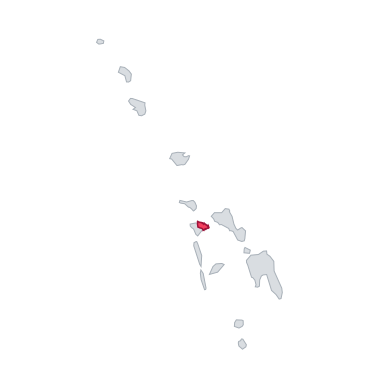 West Ambrym, Malampa, Vanuatu shown in context, rotated 174°
{"feature_id": "77236927B87876939805141", "entity_name": "West Ambrym", "entity_type": "district", "adm_level": 2, "iso_a3": "VUT", "parent_name": "Vanuatu", "parent_adm1": "Malampa", "projection": "albers", "projection_center": [167.993, -16.285], "detail": "fine", "context": "in_parent", "style": "filled", "palette": "rose", "viewbox_px": 384, "rotation_deg": 174, "n_neighbors": 0, "source": "geoboundaries", "source_scale": "gbopen_adm2", "svg_char_len": 4133}
<svg xmlns="http://www.w3.org/2000/svg" viewBox="0 0 384 384"><g transform="rotate(174 192 192)"><path d="M123.2,85.8L126.4,102.1L129.9,102.1L131.8,101.2L133.9,97.4L134.8,91.3L136.6,90.5L139.0,91.1L138.0,93.0L138.7,97.8L140.5,100.5L141.7,101.0L144.2,113.5L145.1,116.2L145.0,118.3L140.0,123.0L132.5,122.9L127.2,125.7L124.0,125.6L124.0,122.4L121.2,119.9L117.9,114.5L118.6,104.8L112.8,87.0L112.7,82.6L114.6,76.7L116.5,76.4L119.2,81.3L123.2,85.8ZM155.2,148.4L157.4,149.5L158.6,149.5L159.3,151.9L166.2,156.6L168.0,156.5L169.6,159.1L172.5,160.5L173.3,163.1L175.4,165.8L171.8,169.1L164.7,168.3L160.7,172.0L157.1,171.1L156.4,169.1L156.9,168.5L154.7,163.5L153.7,155.8L152.2,151.3L150.6,149.4L147.3,151.1L146.0,151.4L142.8,147.7L144.3,140.2L145.1,138.0L147.7,137.6L151.6,139.5L155.2,148.4ZM245.6,289.1L243.4,291.5L241.6,291.2L229.4,285.6L229.9,283.4L229.4,277.5L230.8,274.4L234.2,273.1L236.8,273.8L238.3,278.5L242.0,280.4L239.4,281.9L243.8,285.5L245.6,289.1ZM204.2,219.9L208.8,226.9L210.7,227.5L207.8,232.5L202.0,233.0L195.0,231.6L197.6,229.9L196.2,228.0L194.1,227.6L191.7,228.5L190.6,228.2L192.1,224.9L196.0,220.4L197.2,220.0L198.2,219.9L199.2,220.3L204.2,219.9ZM197.2,160.3L191.8,160.8L184.2,159.2L181.1,157.1L179.8,154.9L182.4,153.3L186.2,152.6L190.9,147.7L192.6,149.5L194.3,155.1L196.2,156.7L197.3,158.4L197.2,160.3ZM252.7,318.8L250.2,324.1L246.0,322.9L242.0,319.0L240.0,315.6L241.4,309.1L243.5,308.0L245.6,308.3L246.6,314.7L252.7,318.8ZM193.3,142.2L192.5,142.2L191.7,139.9L189.0,127.8L190.8,117.0L191.9,119.3L195.9,138.3L195.3,141.4L193.3,142.2ZM204.3,182.1L205.7,182.9L204.9,184.9L198.4,182.6L193.2,183.5L191.7,183.4L190.2,181.5L189.0,177.7L189.6,175.1L191.8,173.3L192.6,173.0L194.2,175.2L195.7,176.8L197.2,177.4L200.5,181.1L204.3,182.1ZM178.9,115.7L175.7,118.0L169.8,117.8L167.6,116.5L174.9,109.6L183.3,108.2L178.9,115.7ZM163.2,57.7L161.3,60.2L155.8,59.4L154.6,58.7L154.9,54.6L156.2,53.1L159.5,51.8L163.9,53.9L163.2,57.7ZM158.6,40.2L157.9,40.7L156.8,40.3L153.9,34.4L154.6,32.4L158.2,30.4L161.4,33.8L161.7,35.6L161.7,37.2L161.2,38.5L159.1,39.1L158.6,40.2ZM192.2,110.4L191.3,113.5L189.4,109.9L188.1,95.0L188.6,93.6L189.7,93.5L192.1,103.9L192.2,110.4ZM271.3,350.8L269.7,353.6L267.2,353.5L263.9,351.5L264.6,349.1L268.2,348.8L269.3,348.9L271.3,350.8ZM146.0,130.0L145.1,131.3L140.1,128.1L141.2,125.0L146.7,126.1L146.0,130.0Z" fill="#d9dde1" stroke="#a8b0b8" stroke-width="1"/><path d="M184.9,153.2L184.8,153.3L184.7,153.2L184.7,153.3L184.5,153.2L184.5,153.3L184.4,153.3L184.2,153.2L184.2,153.3L183.9,153.3L183.7,153.3L183.4,153.4L183.3,153.5L183.3,153.4L183.2,153.4L182.9,153.4L182.7,153.4L182.4,153.4L182.4,153.5L182.2,153.5L182.1,153.8L181.9,153.9L181.9,154.0L181.7,154.0L181.4,154.1L181.2,154.1L180.9,154.2L180.7,154.2L180.6,154.3L180.4,154.3L180.2,154.4L180.0,154.2L179.9,154.2L179.7,154.2L179.5,154.3L179.3,154.4L179.1,154.5L178.9,154.8L179.0,154.9L179.0,155.0L179.0,155.3L179.0,155.5L179.1,155.8L179.3,155.8L179.4,156.0L179.4,156.3L179.3,156.5L179.3,156.8L179.5,156.8L179.8,156.9L179.8,157.0L179.9,156.9L179.9,157.0L180.0,157.0L180.0,156.9L180.0,157.0L180.3,157.2L180.5,157.1L180.8,157.1L181.0,157.3L181.0,157.5L181.2,157.8L181.3,157.8L181.3,158.0L181.5,158.2L181.6,158.3L181.8,158.3L182.0,158.4L182.1,158.5L182.3,158.6L182.3,158.8L182.4,159.0L182.5,159.0L182.8,159.1L183.0,159.2L183.3,159.2L183.3,159.3L183.4,159.2L183.4,159.3L183.5,159.4L183.6,159.5L183.7,159.8L183.9,159.7L184.0,159.5L184.0,159.4L184.3,159.3L184.5,159.5L184.8,159.7L184.8,159.8L185.0,160.0L185.0,160.3L185.3,160.3L185.5,160.3L185.7,160.5L185.8,160.5L186.0,160.7L186.2,160.8L186.3,160.9L186.5,160.8L186.8,160.8L187.0,160.9L187.3,160.9L187.4,161.0L187.5,161.0L187.8,161.2L187.9,161.3L188.0,161.3L188.3,161.5L188.5,161.5L188.8,161.7L188.9,161.8L189.0,161.8L189.1,162.0L189.3,162.1L189.5,162.2L189.7,161.6L189.6,160.7L189.7,160.1L189.9,159.7L189.8,158.3L189.8,157.2L189.7,156.4L189.4,156.3L189.2,156.3L188.9,156.1L188.6,156.0L188.4,155.7L187.9,155.5L187.4,155.3L186.8,155.1L186.6,155.0L186.5,154.9L186.2,154.8L185.9,154.6L185.5,154.3L185.4,154.2L185.3,153.8L185.1,153.7L185.0,153.4L184.9,153.3L184.9,153.2Z" fill="#f43f5e" stroke="#9f1239" stroke-width="1.5"/></g></svg>